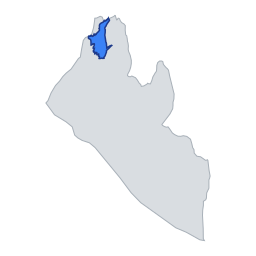 location of Kolahun, Lofa, Liberia
{"feature_id": "62588387B25205457381815", "entity_name": "Kolahun", "entity_type": "district", "adm_level": 2, "iso_a3": "LBR", "parent_name": "Liberia", "parent_adm1": "Lofa", "projection": "equal_earth", "projection_center": [-10.197, 8.109], "detail": "fine", "context": "in_parent", "style": "filled", "palette": "blue", "viewbox_px": 256, "rotation_deg": 0, "n_neighbors": 0, "source": "geoboundaries", "source_scale": "gbopen_adm2", "svg_char_len": 4722}
<svg xmlns="http://www.w3.org/2000/svg" viewBox="0 0 256 256"><path d="M45.9,103.0L48.0,100.6L51.1,92.9L55.5,85.5L59.6,81.1L62.8,76.6L66.2,73.1L71.1,69.1L78.5,58.4L80.3,57.2L81.5,49.8L83.3,40.4L85.5,37.5L90.6,35.8L91.7,34.1L93.6,27.5L94.7,19.8L94.8,18.2L96.8,18.0L100.2,16.3L102.2,17.1L103.1,19.3L103.5,21.1L113.9,16.4L114.8,15.4L115.3,15.5L116.6,19.9L117.4,19.6L118.0,18.3L118.7,18.2L119.5,18.8L120.3,20.8L121.6,22.6L123.9,23.9L125.3,25.6L125.2,30.3L125.7,34.8L126.7,35.8L127.2,38.5L127.5,41.4L128.0,43.0L128.4,46.0L128.2,49.2L128.6,51.4L130.2,55.3L131.3,60.2L131.3,63.6L130.7,67.2L129.6,70.6L127.7,74.2L127.5,75.6L128.7,76.6L130.4,76.8L131.8,76.0L135.5,77.7L137.4,80.1L139.1,83.0L140.7,84.5L141.3,86.4L143.9,85.9L147.0,84.1L147.6,83.2L148.5,83.7L150.4,83.9L151.8,80.6L152.9,76.9L155.2,72.9L156.4,71.3L156.7,68.8L156.8,65.4L157.7,62.6L159.6,61.0L161.7,61.0L162.8,61.6L163.4,64.4L165.1,66.5L166.5,68.0L167.3,68.6L168.5,70.2L169.6,75.8L174.1,94.0L173.9,99.0L173.0,102.3L173.0,105.5L172.7,108.7L170.0,113.9L161.9,124.5L162.5,125.4L164.5,126.6L166.4,127.2L168.1,126.9L170.1,129.6L172.3,132.9L174.6,134.6L177.9,136.2L180.8,136.3L183.3,135.7L186.8,136.4L190.5,139.2L191.8,143.7L192.7,147.7L194.0,149.7L194.2,153.1L196.9,156.2L200.6,156.8L205.5,160.3L206.8,160.1L207.3,159.7L207.9,160.4L209.1,170.6L210.1,176.0L209.6,178.2L208.9,179.9L208.9,188.2L206.7,192.9L206.4,198.1L205.7,199.8L203.4,201.3L203.4,205.3L202.7,210.2L202.5,215.3L203.2,228.7L203.3,238.7L204.4,240.6L199.8,239.8L186.2,232.2L175.8,227.8L140.8,202.7L131.1,192.7L119.9,177.7L95.1,147.6L89.4,142.8L82.3,140.5L77.8,137.9L74.7,135.1L72.2,126.8L66.0,121.8L54.5,114.8L45.9,103.0Z" fill="#d9dde1" stroke="#a8b0b8" stroke-width="1"/><path d="M104.0,58.3L104.0,58.2L103.9,57.9L103.8,57.3L104.5,56.8L105.2,55.5L105.8,53.7L106.4,52.3L106.5,50.5L109.3,47.9L110.4,46.7L111.1,46.0L111.8,45.5L111.6,45.3L110.9,45.5L110.4,45.8L109.6,46.0L108.7,46.7L107.6,47.2L107.1,47.7L106.7,47.9L106.7,47.7L106.8,47.1L106.7,46.4L106.6,45.7L106.5,45.4L106.5,44.4L106.4,43.6L106.3,43.1L106.1,42.4L105.8,42.0L105.7,40.8L105.5,39.6L105.4,38.7L105.2,37.8L105.2,37.7L105.0,36.2L104.8,35.5L104.9,34.3L105.0,33.9L105.0,33.7L105.2,32.2L105.2,30.8L105.2,30.5L105.3,30.0L105.3,29.7L104.9,29.0L104.9,28.9L104.8,27.9L105.2,27.2L105.5,26.7L105.6,26.4L106.1,26.0L106.3,25.2L107.1,23.8L107.2,23.6L107.3,23.4L107.6,23.0L107.9,22.7L108.1,22.3L108.2,22.2L108.7,21.5L108.9,21.2L109.2,20.8L109.4,20.4L109.5,20.1L109.1,19.5L108.5,18.4L108.4,18.1L108.3,18.3L108.0,18.6L107.7,18.8L107.5,19.3L107.4,19.4L107.2,19.3L107.0,19.5L106.9,19.7L106.7,19.8L106.5,20.1L106.5,20.3L106.2,20.3L106.1,20.5L105.9,20.5L105.7,20.5L105.2,21.0L104.7,20.9L104.6,21.2L104.2,21.2L104.0,21.3L103.8,21.3L103.8,21.2L103.5,21.6L103.1,22.1L102.9,22.2L102.9,22.3L102.1,22.6L101.5,22.9L101.0,23.2L100.6,23.4L100.5,23.5L100.2,23.8L99.7,24.4L99.6,24.7L99.5,25.0L99.4,25.5L99.4,26.3L99.5,26.7L99.5,26.8L99.4,27.4L99.4,27.8L99.4,28.3L99.0,28.5L99.1,28.8L99.2,29.0L99.3,29.1L99.5,30.0L99.4,30.4L99.2,30.6L99.0,30.9L98.6,31.4L98.3,31.7L98.2,31.9L97.6,32.4L97.3,32.6L97.1,32.9L96.7,33.4L96.6,33.5L96.4,33.7L96.3,34.0L96.2,34.3L96.0,34.5L95.8,34.6L95.7,34.6L95.5,34.4L95.5,34.2L95.4,34.2L95.2,34.3L95.1,34.2L95.0,34.3L94.9,34.3L94.7,34.6L94.8,34.7L95.0,34.6L94.9,34.8L95.0,34.9L94.9,35.1L94.8,35.3L94.7,35.3L94.7,35.2L94.7,34.9L94.6,34.7L94.6,34.4L94.4,34.4L94.4,34.5L94.3,34.4L94.3,34.5L94.2,34.5L93.9,34.6L93.8,34.8L93.8,35.0L93.7,35.0L93.6,35.3L93.5,35.5L93.4,35.6L93.3,35.8L93.2,35.8L93.2,36.0L92.9,36.1L92.7,36.3L92.3,36.4L92.2,36.3L92.1,36.2L91.9,36.1L91.7,35.8L91.5,35.6L91.3,35.6L91.3,35.4L91.2,35.4L90.8,35.4L90.7,35.6L90.5,35.9L90.6,36.0L90.8,36.0L90.6,36.2L90.4,36.1L90.2,36.2L89.8,36.3L89.6,36.2L89.4,36.2L89.1,36.2L88.9,36.1L88.8,35.9L88.6,36.0L88.6,35.9L88.4,38.0L88.6,38.5L89.2,38.8L89.8,39.1L90.3,39.4L90.5,39.6L90.7,39.9L90.9,40.9L91.0,42.3L91.0,43.7L91.0,44.5L91.1,45.1L92.3,44.5L92.5,44.4L92.8,44.3L93.0,43.7L93.5,43.9L93.9,43.9L94.2,43.8L94.4,44.2L94.3,44.6L94.3,45.3L94.0,46.1L93.5,46.6L93.4,46.9L93.4,47.1L93.2,47.7L93.1,48.1L93.3,48.5L93.7,48.6L94.2,48.2L94.4,48.2L94.2,48.9L94.2,49.2L94.1,49.9L93.8,50.2L93.7,50.2L93.6,50.3L93.4,50.5L93.4,51.4L93.5,51.4L93.7,51.5L93.7,51.9L93.8,51.9L93.9,52.1L94.0,52.1L94.3,52.0L94.7,52.0L94.9,52.2L95.0,52.3L94.7,53.8L94.8,53.9L94.9,53.7L95.4,53.2L95.5,53.0L95.6,52.9L96.0,52.6L96.1,52.8L96.2,53.0L96.6,52.8L96.8,52.7L96.9,52.9L96.7,53.4L96.5,53.7L96.6,53.9L96.6,54.0L96.9,54.5L97.1,54.8L97.5,54.6L97.8,54.5L98.4,54.0L98.6,54.0L98.6,54.3L98.7,54.8L98.5,55.5L98.5,56.1L98.7,56.3L98.8,56.2L99.0,56.2L99.4,56.4L99.5,56.9L99.5,57.2L99.4,57.7L99.0,58.3L99.1,58.5L100.1,58.5L101.3,58.3L101.6,58.1L102.2,58.2L102.3,58.3L102.5,58.4L104.0,58.3Z" fill="#3b82f6" stroke="#1e3a8a" stroke-width="1.5"/></svg>